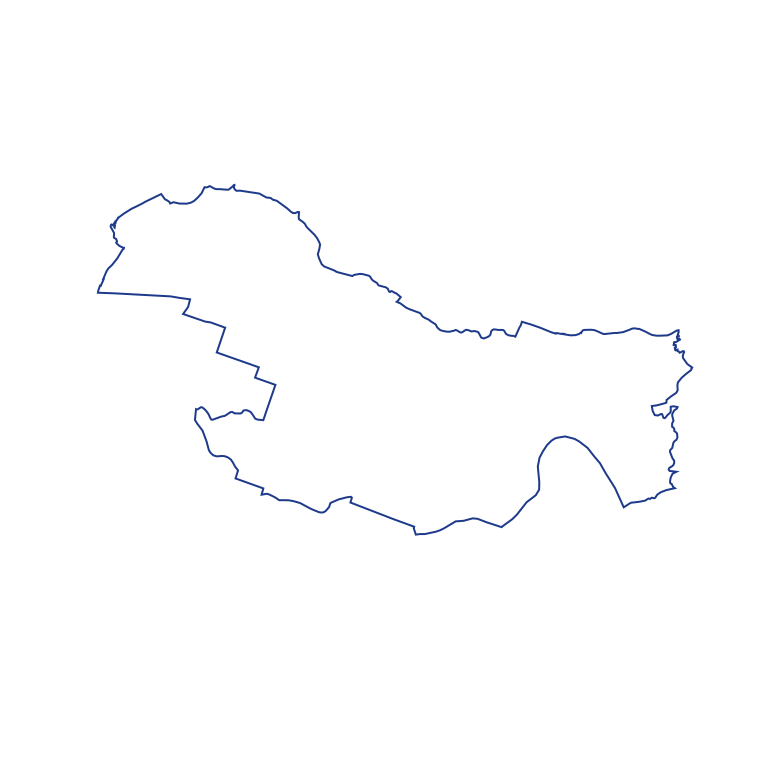 the district of Pardina, Tulcea, Romania, rotated 198°
{"feature_id": "2599482B7661903107032", "entity_name": "Pardina", "entity_type": "district", "adm_level": 2, "iso_a3": "ROU", "parent_name": "Romania", "parent_adm1": "Tulcea", "projection": "mercator", "projection_center": [29.053, 45.284], "detail": "fine", "context": "isolated", "style": "outline", "palette": "blue", "viewbox_px": 768, "rotation_deg": 198, "n_neighbors": 0, "source": "geoboundaries", "source_scale": "gbopen_adm2", "svg_char_len": 6116}
<svg xmlns="http://www.w3.org/2000/svg" viewBox="0 0 768 768"><g transform="rotate(198 384 384)"><path d="M109.7,453.5L110.3,456.2L107.2,460.9L103.7,465.4L103.1,466.6L102.8,469.0L104.5,473.2L105.0,476.4L104.1,478.5L103.4,480.6L102.7,482.1L100.2,486.4L96.2,492.3L96.1,493.6L96.4,493.9L96.0,494.9L101.7,496.7L107.5,501.0L108.1,501.9L108.5,503.1L108.6,505.2L108.4,507.1L108.8,507.7L109.2,507.8L109.9,507.6L112.4,505.1L113.9,506.1L114.5,505.9L115.4,506.3L115.5,507.4L116.0,507.2L116.7,506.2L116.9,506.1L117.3,506.2L117.3,506.7L118.1,507.1L118.6,508.3L117.9,508.7L117.7,509.2L118.5,511.2L118.8,511.2L119.9,510.5L120.7,510.7L120.6,512.0L120.9,512.4L121.1,513.2L120.4,513.7L119.3,514.0L116.2,517.7L116.4,517.9L117.0,517.8L117.3,518.2L117.8,518.1L118.1,517.8L117.9,517.1L118.3,517.0L118.7,517.3L120.0,519.1L120.0,520.0L119.8,520.3L118.9,520.2L118.3,520.4L118.4,520.8L119.9,522.1L119.8,524.5L120.1,524.8L120.1,525.3L120.5,526.2L122.2,525.2L126.3,520.5L129.3,517.9L138.2,514.6L140.2,514.1L144.0,513.5L146.4,513.7L151.5,514.6L158.5,515.3L159.6,514.8L161.9,514.6L164.1,513.9L165.6,513.0L167.3,511.4L172.8,507.1L178.5,504.4L180.2,503.9L190.1,499.5L191.5,499.4L198.8,500.2L200.9,500.2L204.1,499.5L210.3,497.3L211.2,496.7L211.6,496.1L212.1,494.7L212.2,493.6L212.7,493.7L213.7,492.1L215.2,490.9L216.9,489.7L221.7,487.9L227.0,487.1L227.7,487.0L227.8,487.4L228.3,487.4L228.4,487.1L229.9,486.9L229.9,486.6L235.9,485.7L236.1,485.0L240.7,484.9L253.1,485.8L261.9,486.0L272.1,485.8L272.0,482.1L272.7,479.4L273.7,469.6L275.6,469.8L277.3,469.3L280.8,468.8L283.5,469.4L286.1,471.7L287.0,472.1L287.7,472.1L292.2,470.7L296.3,470.0L297.4,469.1L298.1,468.0L298.3,467.2L298.1,463.7L298.8,462.0L300.7,460.1L303.2,458.1L305.9,458.2L309.7,461.9L310.8,462.5L314.1,462.4L317.1,461.0L320.3,461.3L322.8,460.9L325.9,457.1L326.4,456.8L327.7,456.7L331.6,457.6L332.7,457.4L333.7,456.5L337.4,454.2L339.3,453.5L341.6,453.0L345.7,452.6L347.4,452.7L350.2,453.9L351.5,454.8L352.8,456.3L353.9,456.8L358.6,458.0L361.4,459.0L366.2,459.6L368.5,460.3L370.5,462.0L372.0,462.6L383.1,463.0L386.8,463.5L393.2,465.7L397.3,466.1L396.5,467.4L394.9,471.8L400.0,473.9L402.3,474.1L404.8,474.7L405.8,474.6L406.5,473.5L407.2,473.3L408.4,474.1L409.5,475.5L411.0,476.2L412.1,476.5L419.3,476.1L420.6,476.7L421.6,477.8L426.6,479.0L428.7,480.3L430.3,481.8L431.8,482.3L438.4,481.9L440.9,481.3L446.2,478.5L447.4,476.9L462.4,476.0L464.6,476.1L465.0,476.4L467.7,476.7L477.2,477.3L480.3,478.7L484.4,483.2L487.0,486.8L487.3,493.1L487.8,496.0L487.7,496.4L488.2,497.3L489.6,499.0L492.4,501.8L496.1,504.4L504.0,508.3L506.3,509.6L508.8,511.9L511.1,513.0L515.7,514.4L516.7,516.2L517.9,521.2L519.1,521.0L521.2,519.1L523.3,518.5L525.9,519.1L530.3,521.1L542.5,525.1L547.0,525.0L548.8,525.8L551.0,525.7L551.8,525.3L553.9,525.1L561.4,526.6L580.6,523.4L583.9,522.2L585.1,522.5L587.0,523.8L587.6,524.6L587.6,526.4L587.8,527.1L588.2,526.9L589.0,525.2L591.0,522.0L591.8,520.9L592.8,520.4L600.7,518.5L602.5,517.8L604.9,517.4L606.4,517.5L610.3,518.3L611.1,518.3L612.3,516.9L613.9,516.0L615.5,515.7L616.4,509.2L618.6,504.0L621.2,499.4L623.6,496.9L627.2,494.6L634.3,492.4L640.5,491.8L642.5,490.0L643.3,489.6L644.2,490.8L646.8,491.6L649.4,492.0L654.6,495.8L667.5,483.4L669.5,481.1L674.7,476.0L678.1,472.8L683.8,466.0L687.4,461.0L688.2,460.1L688.0,459.9L688.4,459.3L688.4,458.2L689.2,456.8L689.1,455.9L689.8,455.5L689.1,454.3L689.1,454.0L689.8,454.0L690.4,453.6L690.4,453.0L688.9,451.8L688.5,449.4L688.8,449.5L689.1,450.7L690.1,451.7L690.7,451.1L691.1,451.4L692.5,451.5L692.8,451.0L692.7,449.4L692.2,448.7L688.4,445.2L687.3,444.0L686.6,441.5L686.4,440.3L685.6,439.5L683.6,439.2L681.9,437.1L682.4,435.7L681.7,435.1L678.4,433.6L674.6,433.0L673.4,433.2L673.3,432.5L673.6,431.7L674.2,430.9L676.5,421.0L679.4,413.3L681.9,408.6L682.7,405.6L683.5,396.9L683.0,397.0L683.7,389.8L684.5,389.8L684.6,384.3L684.3,382.4L668.5,386.9L614.0,401.4L605.1,402.7L594.6,404.6L594.1,396.8L596.7,388.5L573.2,388.1L568.0,389.0L552.5,388.5L552.8,362.3L508.2,361.2L508.6,350.2L487.0,349.6L487.5,321.5L487.6,312.3L493.1,311.1L495.7,311.2L500.1,314.8L502.1,316.1L504.3,316.6L507.0,316.6L509.4,315.4L509.8,314.4L510.1,313.0L511.2,311.7L516.9,309.9L519.6,310.5L521.3,309.8L524.6,305.6L525.7,304.4L528.6,302.8L536.2,296.9L537.3,296.8L538.3,297.6L541.8,301.3L544.3,303.1L546.5,304.4L549.1,305.4L550.0,305.6L551.0,305.3L553.3,302.4L554.3,301.9L555.0,302.0L552.7,291.4L549.4,288.6L542.2,283.6L535.2,274.8L530.0,266.8L527.6,264.9L524.3,263.4L520.7,263.5L515.8,265.5L513.2,266.1L510.1,266.0L506.4,264.9L503.4,262.6L500.2,259.5L496.1,256.7L496.0,248.3L466.5,247.4L466.2,240.9L461.7,243.3L460.6,243.5L457.6,243.3L452.0,242.4L447.8,241.1L439.0,243.9L434.1,244.6L430.0,244.8L426.6,244.8L416.4,242.9L413.0,242.5L406.0,242.0L404.4,242.3L402.3,243.0L401.1,244.1L400.1,245.4L398.2,250.0L398.2,254.2L397.7,254.7L391.5,260.2L384.1,264.9L380.5,266.5L379.4,265.9L379.3,260.9L333.4,258.4L311.2,257.6L311.2,256.1L307.2,250.6L303.2,252.5L298.8,253.9L289.1,259.5L285.5,262.2L282.4,265.2L273.4,275.5L266.0,278.5L258.2,283.6L253.4,284.7L243.5,284.2L227.9,284.2L227.1,285.6L220.2,295.1L217.2,300.9L211.8,315.7L205.3,325.1L203.8,331.4L206.0,338.7L212.2,353.0L213.3,361.9L212.0,369.4L210.0,376.4L207.2,381.9L204.5,385.1L202.3,386.6L195.5,390.1L185.9,390.7L180.7,389.7L170.6,386.1L161.7,380.1L154.1,375.4L145.8,367.8L132.2,356.5L117.9,340.8L113.2,346.6L112.2,347.5L105.4,350.6L99.7,353.7L97.1,356.8L95.5,356.9L94.2,358.6L91.9,358.8L91.0,359.4L89.8,363.4L87.3,366.6L82.6,370.4L75.2,374.8L77.1,375.4L79.5,377.8L81.0,378.0L81.8,379.5L82.4,383.1L82.1,386.4L81.7,388.0L78.8,390.9L85.5,389.6L86.8,390.5L86.8,392.2L84.4,395.1L83.7,396.6L83.6,398.5L84.4,400.9L86.1,402.0L87.2,403.1L91.1,407.9L91.4,409.5L90.1,412.3L90.6,417.8L90.0,419.4L88.6,421.4L88.4,423.9L90.0,427.5L91.1,428.2L93.4,429.0L93.9,430.7L95.3,432.0L96.7,432.3L97.1,433.2L97.8,435.7L97.3,438.4L100.0,442.8L100.6,444.6L99.8,448.6L97.9,451.0L97.7,452.8L101.7,452.3L104.3,451.0L102.8,446.5L103.1,444.9L105.0,441.7L105.9,439.0L106.6,438.2L107.8,438.2L110.2,441.3L111.5,440.9L113.7,438.7L116.9,438.1L120.1,441.3L122.5,445.8L117.9,448.0L111.7,452.0L109.7,453.5Z" fill="none" stroke="#1e3a8a" stroke-width="2"/></g></svg>